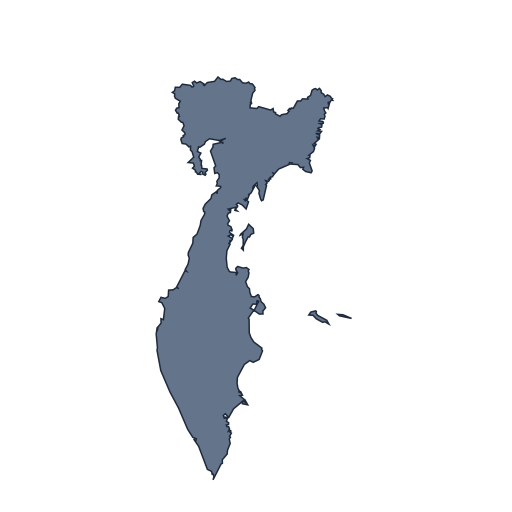 SVG path tracing the border of Kamchatka, rotated 336°
{"feature_id": "RUS-3468", "entity_name": "Kamchatka", "entity_type": "Region", "adm_level": 1, "iso_a3": "RUS", "parent_name": "Russia", "parent_adm1": "", "projection": "orthographic", "projection_center": [164.844, 57.899], "detail": "fine", "context": "isolated", "style": "filled", "palette": "slate", "viewbox_px": 512, "rotation_deg": 336, "n_neighbors": 0, "source": "natural_earth", "source_scale": "10m", "svg_char_len": 6127}
<svg xmlns="http://www.w3.org/2000/svg" viewBox="0 0 512 512"><g transform="rotate(336 256 256)"><path d="M389.4,145.0L388.0,144.3L385.7,145.9L386.1,145.4L384.5,145.0L384.0,146.3L385.1,146.6L381.8,150.6L381.6,149.5L378.1,148.4L377.6,151.4L378.0,153.7L376.1,154.2L375.8,156.5L374.0,158.6L370.7,156.9L368.5,158.3L371.6,160.1L372.0,161.1L371.4,162.1L368.2,161.0L369.7,162.8L368.4,164.9L364.9,164.3L364.3,164.8L365.8,166.5L363.3,166.8L366.6,168.8L364.0,170.2L360.4,168.2L363.3,171.4L361.6,174.7L361.1,174.9L360.8,172.7L360.1,172.3L360.3,175.2L355.0,176.8L356.4,178.4L353.7,180.2L354.3,179.0L353.2,177.7L353.3,181.5L350.9,184.0L345.3,185.4L346.2,186.1L345.1,188.1L342.3,187.8L344.6,190.8L342.6,192.6L341.9,201.1L340.2,202.4L335.7,199.0L334.0,195.8L335.6,194.3L332.5,193.3L331.4,189.5L325.4,186.3L326.8,185.7L324.6,184.2L323.6,185.4L324.0,185.9L312.1,185.8L306.3,188.4L305.4,187.3L305.5,188.9L303.1,190.3L301.6,189.8L301.0,191.1L299.7,189.8L300.2,191.5L299.0,191.3L299.3,191.9L297.8,193.0L295.5,191.1L295.9,193.8L293.9,194.6L294.4,195.7L285.4,207.7L283.5,207.8L283.4,205.6L284.2,199.8L285.7,197.7L284.9,192.3L285.9,192.3L286.7,189.4L281.9,191.1L280.7,192.7L281.5,192.9L282.3,191.6L282.8,191.2L284.6,190.6L277.3,196.3L274.5,197.2L274.3,196.1L274.3,197.8L271.4,200.6L270.4,199.7L270.9,198.6L269.4,200.2L268.3,199.6L268.6,201.3L270.0,200.9L271.2,203.5L266.1,209.0L264.2,203.8L261.3,200.2L259.0,200.8L259.7,202.5L259.3,203.4L256.2,204.8L257.2,207.2L255.2,205.7L257.4,203.3L249.6,201.8L250.3,203.8L251.8,203.4L250.3,205.9L248.2,205.6L245.8,207.7L246.1,213.1L243.2,215.0L243.0,216.4L245.0,219.1L244.8,222.4L243.8,223.8L244.5,222.1L242.3,222.3L241.4,223.8L244.0,228.0L242.6,229.3L242.6,227.6L241.4,226.3L238.7,226.5L241.3,230.0L241.2,231.1L238.5,232.7L238.7,230.7L237.6,233.2L235.6,233.5L237.1,233.5L237.1,234.7L231.6,239.3L227.9,246.0L225.1,254.5L225.3,258.9L226.1,260.2L231.4,263.1L229.9,265.6L232.4,263.9L232.0,260.3L232.6,259.0L235.0,258.1L239.4,261.9L242.5,262.6L244.1,265.5L242.8,266.5L242.7,268.6L240.2,272.2L236.1,275.2L235.7,280.6L236.7,283.2L235.6,286.7L235.3,291.1L238.0,292.8L242.1,292.1L242.7,293.3L242.1,295.1L242.6,296.7L242.1,299.8L243.6,303.3L243.7,307.2L239.9,309.1L238.8,311.8L235.4,310.4L232.7,305.8L231.5,305.5L240.1,298.4L238.7,297.3L237.0,300.3L233.6,298.6L229.5,301.2L232.1,304.5L223.7,309.6L224.0,310.9L218.6,323.4L218.2,328.3L219.0,333.7L223.9,342.5L223.2,343.5L223.4,345.3L216.8,351.8L210.2,352.0L207.8,349.0L201.3,350.3L189.7,359.3L187.0,364.4L185.7,369.4L185.9,372.2L185.0,373.1L186.4,375.1L185.9,373.0L186.8,373.6L187.0,377.7L184.3,376.9L186.9,382.2L185.8,383.8L186.6,385.3L187.5,384.0L187.9,388.6L183.4,385.4L184.4,383.3L173.3,386.5L165.4,392.4L163.8,387.6L161.3,388.4L161.0,391.2L162.5,391.8L162.2,390.6L164.4,392.1L161.7,395.1L163.2,397.1L162.4,398.8L160.1,398.3L160.0,400.0L161.6,400.8L161.5,403.1L159.5,404.9L161.5,404.9L161.9,405.7L160.7,406.5L161.5,407.8L158.5,409.9L159.0,411.1L157.1,412.4L156.2,416.7L151.1,421.7L149.1,425.2L142.4,428.4L141.0,431.7L139.5,431.8L125.7,443.0L127.8,440.5L128.1,437.9L127.2,437.6L127.8,434.7L124.8,431.2L126.2,406.6L124.6,397.8L125.8,400.3L127.2,398.7L124.5,396.0L123.1,386.5L123.4,363.3L122.1,345.5L122.4,322.0L127.2,301.9L128.6,299.8L133.1,286.6L136.5,281.3L137.3,281.0L135.7,283.0L135.2,284.3L137.8,280.8L141.9,278.8L143.7,274.6L145.5,276.5L151.3,266.8L151.0,260.4L148.6,258.1L152.4,255.1L155.9,257.8L159.3,257.3L162.3,251.6L166.6,253.2L170.7,252.4L172.2,254.5L170.8,252.1L185.2,240.5L186.3,241.7L185.8,239.6L190.6,235.8L194.1,231.0L194.4,227.5L195.6,225.3L203.5,218.6L206.1,213.5L211.0,212.0L217.4,205.5L220.2,201.2L226.2,196.8L227.0,195.0L226.3,194.1L227.0,191.0L230.8,187.9L238.2,185.2L240.5,182.2L245.9,181.1L245.8,183.3L247.4,180.4L251.6,179.1L252.0,178.1L251.4,177.5L248.2,175.8L250.0,174.2L250.6,171.9L254.2,169.5L255.5,166.5L254.5,164.1L251.9,163.8L253.5,158.3L255.8,157.3L257.1,141.6L260.8,139.1L262.3,136.5L271.0,138.3L271.9,140.0L271.8,138.8L269.7,136.5L276.3,136.2L269.5,135.6L261.2,130.0L256.3,130.9L254.4,132.8L248.9,133.8L248.0,132.9L245.0,136.7L247.5,139.6L243.9,142.3L244.5,145.4L243.9,146.3L245.1,146.7L242.8,150.6L243.2,151.2L242.1,153.9L246.7,156.6L246.5,157.9L243.7,158.9L243.2,159.8L243.6,160.8L242.4,161.6L240.4,159.2L241.5,157.9L240.2,156.3L237.4,157.6L239.3,159.4L235.9,157.5L235.6,155.0L234.9,154.5L235.5,152.9L233.7,149.9L236.2,149.0L236.6,145.7L232.0,143.0L239.3,140.4L240.0,134.8L239.2,132.5L240.8,129.1L239.1,129.1L237.6,125.3L234.3,123.2L234.7,119.1L235.8,117.8L238.4,117.5L238.5,116.3L240.5,116.2L241.1,114.5L239.6,110.8L243.3,107.7L243.5,104.2L242.2,103.4L240.6,99.5L241.8,97.3L242.7,97.4L242.5,96.6L243.2,95.6L242.9,93.6L242.1,93.4L241.7,90.2L243.6,88.7L246.0,89.2L247.4,85.5L249.8,83.8L246.5,79.2L246.5,77.1L247.7,74.7L246.1,72.5L248.8,72.0L250.9,69.0L254.9,70.9L258.6,69.1L265.6,73.5L266.2,75.6L267.2,75.8L268.2,75.5L268.3,71.6L271.0,71.3L272.1,73.8L275.9,73.9L278.4,77.6L277.6,78.3L278.2,79.3L282.0,77.7L289.2,79.6L294.1,77.0L295.8,80.5L297.5,80.9L300.0,84.5L303.8,85.8L306.0,84.0L309.3,84.6L311.0,87.3L312.9,88.1L314.1,92.3L317.2,94.1L320.1,94.1L320.5,96.0L322.7,97.4L323.6,101.7L322.7,102.5L322.5,104.2L319.2,105.9L314.5,112.0L314.4,113.6L313.3,113.7L313.8,115.0L312.4,115.2L310.8,118.2L316.8,121.6L319.2,120.6L328.7,128.6L331.6,128.2L330.7,131.5L332.2,132.9L331.6,134.1L334.8,138.2L336.8,137.3L342.3,138.6L345.1,137.2L344.4,136.0L346.6,134.9L347.3,136.0L348.4,135.1L350.2,136.2L356.9,131.2L360.0,132.6L362.3,131.3L367.3,133.7L367.7,132.0L371.1,131.5L374.7,127.3L377.0,127.0L378.5,127.3L379.6,129.2L382.2,128.7L382.8,131.5L382.0,133.3L383.6,135.6L384.0,138.5L386.8,137.9L388.9,140.5L389.0,142.4L389.9,143.4L389.1,144.0L389.4,145.0ZM264.6,229.9L263.2,234.2L260.0,234.2L257.8,236.0L256.6,235.3L252.0,238.9L248.2,242.4L246.8,245.5L245.8,243.0L248.6,241.1L251.1,235.6L251.2,233.3L253.1,230.6L250.0,230.6L250.8,229.9L258.3,227.4L262.2,224.0L264.6,229.9ZM294.5,343.5L294.9,347.9L292.2,344.1L289.9,343.7L285.5,337.8L284.0,333.4L280.2,331.4L283.2,329.5L288.0,330.3L288.6,331.1L287.6,332.6L288.1,335.2L294.5,343.5ZM311.6,345.1L317.9,351.9L307.9,344.6L306.9,342.5L311.6,345.1Z" fill="#64748b" stroke="#1e293b" stroke-width="1.5"/></g></svg>